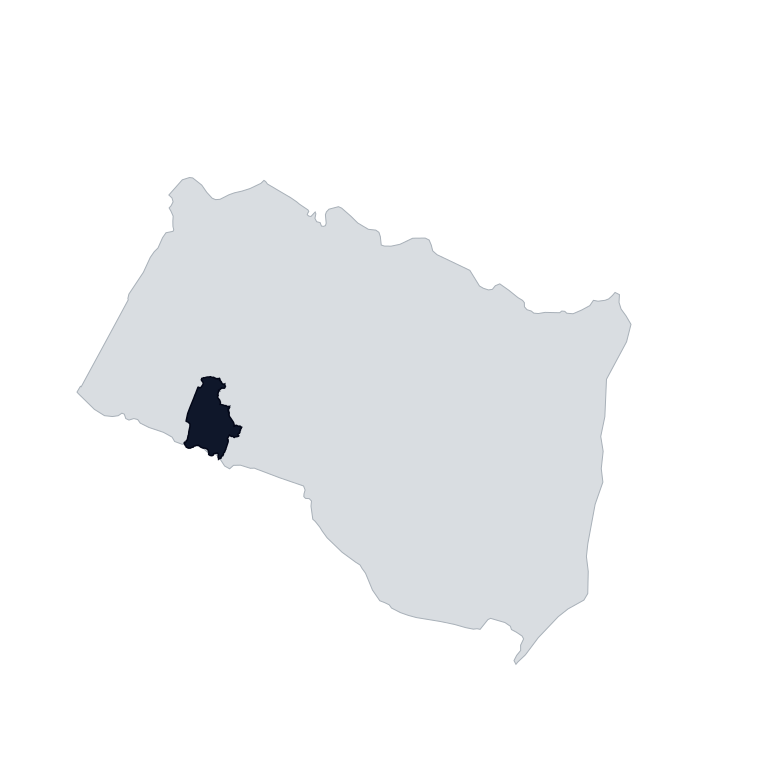 Sawla-tuna-kalba, Northern, Ghana shown in context, rotated 299°
{"feature_id": "2480657B66384530229883", "entity_name": "Sawla-tuna-kalba", "entity_type": "district", "adm_level": 2, "iso_a3": "GHA", "parent_name": "Ghana", "parent_adm1": "Northern", "projection": "orthographic", "projection_center": [-2.328, 9.481], "detail": "fine", "context": "in_parent", "style": "filled", "palette": "ink", "viewbox_px": 768, "rotation_deg": 299, "n_neighbors": 0, "source": "geoboundaries", "source_scale": "gbopen_adm2", "svg_char_len": 8177}
<svg xmlns="http://www.w3.org/2000/svg" viewBox="0 0 768 768"><g transform="rotate(299 384 384)"><path d="M464.8,108.6L470.3,113.8L471.5,116.8L469.6,128.2L465.7,136.1L463.2,143.6L463.6,147.3L466.0,151.0L474.4,156.7L478.7,160.5L483.8,166.2L489.7,171.8L499.7,179.0L503.9,180.3L503.7,182.3L502.4,185.1L501.7,212.3L501.0,219.4L500.3,222.9L499.4,233.1L498.4,234.6L496.5,234.5L494.8,234.8L494.4,236.9L495.1,238.9L501.1,240.4L499.8,241.9L495.4,243.3L493.3,246.4L494.2,249.9L491.8,252.7L492.5,254.6L494.1,256.0L496.6,255.5L503.6,250.7L506.6,250.2L510.2,251.1L517.0,258.2L517.3,261.7L514.7,273.7L512.1,283.0L511.7,295.3L514.6,302.2L514.2,306.0L511.2,309.3L504.2,314.2L504.8,317.4L508.0,323.4L513.9,330.2L525.4,338.4L531.6,349.3L531.8,353.7L528.3,358.1L524.1,362.0L522.8,367.6L525.0,404.0L516.0,420.0L515.9,424.5L516.9,429.7L519.3,432.9L523.9,433.7L527.7,436.7L526.5,447.8L524.5,459.2L524.3,464.7L523.2,467.3L519.6,469.4L518.3,473.0L519.2,477.4L518.6,480.7L520.5,484.9L524.7,490.1L531.5,503.1L534.0,504.1L535.2,506.9L534.5,509.5L537.1,515.3L544.5,521.0L552.3,526.0L558.7,526.6L560.2,531.1L564.4,536.8L567.4,539.3L572.2,540.9L576.1,541.7L576.3,546.6L569.3,550.0L564.5,555.0L560.9,562.7L555.9,571.1L538.5,575.7L531.8,575.8L496.0,576.3L462.5,593.0L443.2,599.0L431.4,608.3L415.4,615.0L404.3,623.0L381.1,627.0L343.1,639.7L331.2,644.7L319.1,653.5L299.5,663.8L291.9,663.6L276.5,654.0L265.0,649.2L236.8,641.9L215.7,639.0L205.6,635.8L202.8,635.3L205.1,631.8L211.0,631.6L217.2,632.7L221.8,630.1L228.7,629.7L230.5,627.0L231.1,620.1L231.0,614.5L233.4,612.0L234.0,605.4L230.7,590.8L228.3,589.1L216.0,587.0L215.1,584.1L212.9,581.0L210.5,573.5L207.9,562.3L203.6,548.4L195.4,525.5L193.4,517.4L192.0,509.1L191.7,499.2L193.4,495.6L193.1,490.5L192.4,485.4L198.2,473.8L209.6,459.5L212.0,454.3L214.1,450.8L214.4,445.6L216.5,429.0L221.9,408.8L225.4,401.3L227.7,397.2L230.5,390.4L231.2,387.3L241.7,379.4L246.5,377.3L247.5,374.2L245.9,370.8L246.6,368.5L249.1,367.3L253.0,366.4L255.8,363.1L251.4,338.3L247.8,313.6L247.6,311.5L245.5,308.0L243.4,297.8L239.9,291.8L235.0,290.1L235.0,284.4L240.0,274.9L241.3,269.3L238.9,267.7L238.6,263.3L240.3,256.3L239.5,252.0L238.6,247.4L233.4,236.5L232.2,228.8L234.8,224.4L234.8,214.5L232.0,199.4L231.6,189.8L233.5,185.8L232.5,182.0L228.8,178.4L228.6,174.9L231.7,171.5L231.4,168.9L227.4,166.9L223.9,162.3L220.8,154.9L221.4,143.0L227.4,121.3L228.1,119.4L234.8,119.6L234.8,120.5L255.6,120.3L279.4,120.1L307.8,119.8L333.6,119.5L334.7,118.5L339.0,117.3L365.1,119.4L381.4,118.2L388.3,118.9L393.4,120.4L404.6,119.4L410.6,120.0L415.2,125.4L417.0,125.3L419.5,123.0L424.0,120.4L428.6,118.2L431.8,114.0L433.8,110.7L436.8,111.4L441.1,111.2L443.9,108.4L445.0,104.2L464.8,108.6Z" fill="#d9dde1" stroke="#a8b0b8" stroke-width="1"/><path d="M263.1,226.6L255.6,228.9L255.5,229.2L255.7,231.1L255.6,231.4L255.1,233.4L254.5,234.0L253.6,234.4L253.0,234.8L247.7,236.4L246.1,237.1L245.3,237.5L244.8,237.6L244.5,237.8L244.0,237.7L243.6,237.9L243.4,237.8L242.5,238.2L242.1,238.2L241.5,238.6L241.1,238.7L240.8,238.8L240.6,238.9L240.4,238.7L240.1,238.8L239.8,238.9L239.4,238.9L239.3,239.0L238.9,238.9L238.5,238.6L238.2,238.6L237.5,238.8L236.8,238.6L236.6,238.2L236.4,237.8L236.1,237.8L235.8,237.8L235.6,238.0L235.3,237.9L235.2,238.0L235.0,238.8L234.6,239.0L234.4,239.4L233.8,240.0L233.7,240.3L233.7,240.6L233.6,241.0L233.0,241.5L232.9,241.7L233.0,242.3L233.0,243.1L233.1,243.4L233.0,243.6L233.0,243.8L233.9,245.5L234.3,246.0L235.1,246.3L236.4,247.8L237.2,247.9L237.9,248.2L238.4,249.0L239.1,249.4L239.6,250.0L240.5,251.5L240.4,252.6L240.0,254.1L240.0,255.0L240.2,256.7L240.4,257.3L240.9,257.9L241.2,259.2L241.4,260.4L241.2,261.1L241.0,261.9L240.7,262.5L240.2,262.9L239.5,263.3L239.3,263.9L238.8,264.4L238.1,264.4L237.4,264.8L237.2,265.6L237.3,266.1L237.2,266.7L237.5,267.2L237.6,267.8L238.2,268.6L238.6,268.9L239.0,269.1L239.7,269.2L239.9,269.1L240.2,268.9L240.4,268.9L241.1,269.5L242.8,271.7L242.4,273.0L239.8,274.3L239.5,274.4L239.4,274.8L238.1,275.7L238.4,275.8L238.7,276.3L239.2,276.5L239.6,277.0L239.7,276.9L240.0,277.1L239.9,277.0L240.0,277.0L240.3,277.1L240.4,277.3L241.3,277.0L241.7,276.8L241.8,277.0L242.0,276.9L242.2,277.1L242.8,277.1L242.9,277.4L243.0,277.3L243.4,277.6L243.6,277.6L243.8,277.8L244.6,277.7L244.9,277.5L244.9,277.4L245.0,277.4L245.2,277.2L245.5,277.3L246.2,277.1L246.4,277.2L246.7,277.5L246.8,277.5L247.1,277.6L247.4,277.4L247.6,277.3L248.3,277.5L249.5,277.2L250.3,277.3L251.0,277.0L252.2,276.8L257.9,275.7L259.0,275.1L258.9,275.0L258.8,274.8L258.9,274.6L259.5,274.2L259.9,274.3L260.3,273.5L260.5,273.4L261.1,273.4L261.4,273.5L262.5,273.5L263.7,273.6L264.4,273.4L264.6,273.5L264.4,274.1L264.1,275.7L264.2,276.1L264.9,277.1L265.0,277.5L264.6,278.5L264.6,278.9L264.8,279.1L265.1,279.2L265.7,279.3L266.0,280.0L266.8,281.1L267.4,281.7L267.9,282.1L268.2,282.1L268.2,281.9L268.6,281.2L269.2,280.5L269.6,280.6L270.4,281.2L270.8,281.4L271.0,281.4L271.0,281.2L271.6,281.3L271.6,281.1L271.8,281.1L272.5,281.0L272.9,280.8L273.2,280.9L273.2,280.7L273.4,280.6L273.7,280.7L273.6,280.8L273.8,280.7L274.3,280.6L274.6,280.5L274.7,280.4L274.8,280.4L275.0,280.4L275.4,280.4L275.6,280.6L275.8,280.5L276.1,280.6L276.3,280.5L276.7,280.4L276.9,280.5L277.2,280.5L277.1,279.4L277.1,279.1L277.3,278.9L277.2,278.7L277.3,278.6L277.3,278.3L276.8,278.0L276.6,277.2L276.4,277.1L276.3,276.3L276.4,275.8L276.3,275.6L276.4,275.4L276.3,274.9L276.2,274.6L275.3,273.9L274.7,273.9L274.2,273.4L274.5,273.1L275.4,272.9L275.5,272.8L275.8,272.6L276.0,272.4L276.2,272.1L276.6,271.9L276.8,271.6L276.9,271.4L277.4,271.1L280.3,265.5L280.5,264.7L281.0,264.3L281.3,263.9L281.6,263.7L281.8,263.5L282.0,263.5L282.1,263.4L282.1,263.0L282.2,262.8L282.3,262.8L282.6,262.9L282.9,262.8L283.1,262.9L283.3,262.8L283.4,262.6L283.9,262.5L284.2,262.0L284.1,261.7L284.4,261.4L284.6,261.4L284.5,261.2L284.8,261.0L284.8,260.8L285.2,260.5L285.3,260.6L285.5,260.4L285.7,260.5L285.8,260.4L285.8,260.5L286.3,260.1L286.6,260.3L286.8,260.3L287.0,260.3L287.1,260.1L287.3,260.3L287.5,260.1L287.8,260.3L288.1,260.3L288.6,260.2L288.8,260.3L289.1,260.1L289.2,259.8L289.2,259.6L289.4,259.6L289.2,259.4L289.1,259.1L288.8,258.8L288.8,258.7L288.7,258.7L288.5,258.4L288.6,258.1L288.4,257.7L288.1,257.4L288.1,257.1L288.3,257.1L288.4,256.6L288.5,256.4L288.4,256.3L288.4,256.1L288.2,255.9L288.1,255.5L288.0,255.3L287.8,255.1L287.9,254.9L287.8,254.7L287.5,254.3L287.7,253.5L287.3,252.5L287.0,250.8L286.8,250.5L287.7,250.2L288.9,249.7L289.1,249.3L289.2,249.0L289.4,248.8L289.6,248.7L290.0,248.4L290.2,247.8L290.4,247.7L290.3,247.3L290.6,247.0L290.6,246.8L290.9,246.6L291.3,245.4L291.6,245.1L291.8,245.0L291.8,244.8L291.9,244.7L292.5,244.6L292.8,244.6L293.4,244.5L293.5,244.4L293.8,244.4L293.8,244.2L293.9,244.3L294.0,244.2L294.3,243.7L294.7,243.5L294.9,243.5L295.0,243.4L295.3,243.4L295.4,243.2L295.7,243.2L296.0,243.2L296.4,243.2L296.8,242.9L297.0,242.9L297.5,242.7L297.8,243.0L297.8,242.8L298.0,242.8L298.0,242.7L298.3,242.6L298.5,242.4L298.9,242.9L299.7,243.3L300.1,243.4L300.6,243.3L301.2,243.9L302.0,243.7L302.3,244.1L302.1,244.7L302.2,245.2L302.6,245.6L302.9,246.3L303.1,246.5L303.4,246.4L303.8,246.6L304.0,246.3L304.4,246.1L305.2,246.4L305.3,246.3L305.5,245.6L305.7,245.3L306.0,245.2L306.9,244.7L306.6,244.5L306.5,244.4L306.0,244.0L306.1,243.8L306.1,243.5L305.7,243.1L305.8,242.9L305.7,242.7L306.2,241.8L306.1,241.7L306.7,241.0L306.7,240.8L306.9,240.8L307.2,240.3L307.2,240.2L307.3,239.7L307.5,239.4L307.6,239.1L307.5,238.7L308.0,238.6L307.9,238.2L308.1,238.1L308.3,238.3L308.4,238.2L308.5,237.8L308.9,237.6L309.1,237.6L309.2,237.3L308.6,236.8L308.2,236.1L308.0,235.9L307.8,235.9L307.8,235.3L307.5,235.1L307.5,234.9L307.4,234.7L307.2,234.1L307.0,233.9L307.3,233.5L307.1,233.3L307.1,233.2L307.2,232.9L307.2,232.6L307.3,232.3L307.3,232.0L307.1,231.9L307.2,231.6L307.0,231.3L306.7,231.1L306.6,230.8L306.6,230.6L306.3,229.8L306.3,228.8L305.9,228.3L305.1,227.3L304.9,226.9L304.3,225.9L302.3,223.9L302.0,223.1L301.4,222.8L300.5,221.9L300.1,222.1L299.3,222.1L299.1,222.2L298.6,222.8L297.9,224.6L297.4,225.1L297.3,225.4L296.9,225.6L295.8,225.9L294.8,225.8L294.3,225.7L294.0,225.8L291.9,225.4L291.5,225.0L291.2,223.1L291.0,222.9L287.3,223.4L284.1,223.9L283.3,223.9L279.4,224.5L269.4,225.7L263.1,226.6Z" fill="#0f172a" stroke="#020617" stroke-width="1.5"/></g></svg>